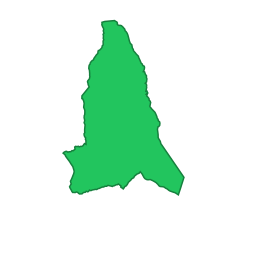 outline of Cidelândia, Maranhão, Brazil, rotated 32°
{"feature_id": "56859067B11209139502927", "entity_name": "Cidelândia", "entity_type": "district", "adm_level": 2, "iso_a3": "BRA", "parent_name": "Brazil", "parent_adm1": "Maranhão", "projection": "albers", "projection_center": [-47.853, -5.056], "detail": "fine", "context": "isolated", "style": "filled", "palette": "green", "viewbox_px": 256, "rotation_deg": 32, "n_neighbors": 0, "source": "geoboundaries", "source_scale": "gbopen_adm2", "svg_char_len": 3465}
<svg xmlns="http://www.w3.org/2000/svg" viewBox="0 0 256 256"><g transform="rotate(32 128 128)"><path d="M49.9,52.2L50.6,53.1L51.1,54.3L52.8,55.6L54.3,56.4L55.3,57.5L55.5,58.7L56.5,59.6L57.4,60.4L57.2,61.7L58.4,62.9L59.5,65.1L60.7,66.0L60.7,67.0L61.0,67.8L61.7,68.8L62.9,70.6L62.6,71.9L63.3,73.7L63.1,75.1L62.8,76.3L62.6,77.3L61.8,78.0L62.0,78.9L62.5,80.0L62.9,80.7L62.4,82.8L62.4,83.9L62.2,86.9L62.6,88.5L62.0,89.6L61.6,90.9L61.5,92.8L62.0,94.1L61.8,95.0L62.0,95.9L62.6,97.1L63.2,98.3L64.8,99.6L66.9,102.5L67.5,103.6L68.4,104.6L69.2,106.8L68.9,109.1L69.0,110.0L69.6,110.7L70.4,111.3L71.0,112.1L72.2,113.1L73.3,113.7L71.9,125.1L73.3,127.5L74.1,127.3L76.2,128.7L77.8,130.4L79.4,133.9L81.8,135.7L82.9,137.2L84.2,139.6L84.3,140.6L85.3,142.5L87.2,144.4L87.6,145.3L88.0,146.8L89.9,148.0L92.0,152.2L93.0,153.8L93.8,154.8L93.8,156.2L94.6,157.3L95.9,158.4L97.2,158.7L98.0,160.3L98.8,160.7L100.4,163.2L101.0,164.1L99.4,164.2L99.2,165.5L99.3,166.7L98.7,168.0L97.5,168.7L96.6,169.9L95.6,169.8L94.7,170.7L93.2,171.4L92.9,172.4L94.3,174.0L93.6,176.3L92.5,176.9L92.1,178.3L90.6,179.4L89.7,180.4L88.4,180.3L87.5,180.9L87.1,181.6L86.6,182.4L86.3,183.7L88.9,184.1L89.6,184.7L91.5,185.6L95.9,187.3L97.2,187.9L98.3,188.5L101.7,190.0L103.3,191.4L105.0,192.9L105.6,193.8L106.2,195.7L106.6,197.9L107.0,200.0L107.3,202.1L107.4,203.6L108.3,204.5L109.5,205.6L109.5,207.1L109.6,208.8L110.6,209.5L111.4,210.0L112.4,210.5L113.8,211.4L115.2,212.0L116.5,211.2L117.4,210.8L118.2,209.5L119.7,209.3L120.7,209.6L121.9,209.6L122.7,209.0L123.9,208.2L124.2,206.9L124.7,206.0L125.8,205.2L126.1,203.8L127.6,203.5L128.2,202.7L128.2,201.1L129.7,200.8L130.8,199.2L131.8,198.4L132.7,197.4L134.1,196.7L134.7,195.3L135.6,194.5L136.4,193.3L136.9,192.5L137.6,191.6L138.7,190.9L139.2,189.7L140.8,188.7L141.4,187.3L143.4,186.6L144.8,186.1L145.7,185.9L146.3,184.8L147.1,184.1L148.0,182.4L148.9,181.9L149.5,180.6L152.8,180.9L153.1,181.9L154.0,182.1L155.4,181.9L156.2,182.2L156.4,180.6L156.3,179.3L157.2,177.9L157.3,175.7L157.1,173.8L158.0,170.7L158.1,169.1L159.2,167.1L159.0,165.3L159.6,163.8L159.8,162.7L161.4,160.4L161.6,158.6L164.3,159.5L167.8,161.5L169.4,162.0L171.3,161.8L172.4,161.3L174.2,159.9L177.3,159.5L180.6,159.4L183.4,160.0L184.8,160.6L186.2,160.6L189.2,159.1L190.1,159.0L192.1,159.1L193.5,158.9L195.6,159.2L196.8,159.2L200.1,158.5L202.3,157.9L206.1,158.0L204.3,150.6L203.6,148.0L202.7,144.4L201.6,140.2L164.0,123.8L163.0,122.7L162.1,122.0L160.2,121.1L158.6,120.1L157.0,117.6L155.2,115.4L153.7,113.6L152.8,111.2L153.3,110.5L153.5,109.0L152.5,107.0L151.5,106.0L149.9,105.8L149.3,105.1L148.4,104.5L147.1,103.9L146.4,103.0L143.8,101.2L142.5,100.4L139.4,99.6L137.8,99.2L136.6,98.7L135.5,98.4L134.8,97.8L134.7,96.9L134.1,95.6L133.8,94.5L132.6,93.5L131.2,93.2L130.4,92.1L129.4,91.6L128.3,91.2L126.9,90.9L126.4,89.2L125.6,89.7L125.6,88.8L126.2,87.8L125.2,87.2L124.4,86.6L123.7,87.3L122.3,83.6L121.6,82.9L121.2,81.9L120.2,81.0L118.9,80.9L119.3,79.0L118.8,78.2L118.4,77.1L117.8,76.1L116.8,75.4L116.0,73.9L114.2,73.2L112.3,71.6L111.1,72.1L110.9,70.4L110.5,69.1L109.8,67.7L109.0,67.0L107.4,67.2L106.2,66.2L104.9,66.1L102.8,64.6L101.9,64.0L100.7,63.2L99.6,62.5L98.8,61.6L95.8,60.9L94.2,60.3L92.4,59.8L91.5,59.4L90.8,58.5L89.4,57.9L87.1,55.4L85.1,55.0L83.1,53.5L80.3,50.8L78.7,49.3L77.1,48.1L75.3,47.3L73.9,47.0L72.9,45.9L71.7,45.6L70.8,45.2L68.2,44.7L66.9,45.1L66.1,45.7L65.0,46.0L63.8,45.6L63.5,44.7L62.4,44.0L60.6,44.1L59.7,44.0L51.8,50.0L49.9,52.2Z" fill="#22c55e" stroke="#15803d" stroke-width="1.5"/></g></svg>